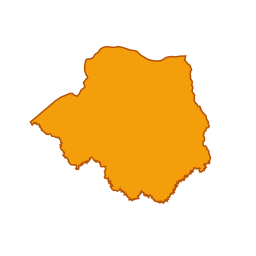 Bugesera, Eastern, Rwanda (Mercator projection), rotated 153°
{"feature_id": "39286606B3134655885223", "entity_name": "Bugesera", "entity_type": "district", "adm_level": 2, "iso_a3": "RWA", "parent_name": "Rwanda", "parent_adm1": "Eastern", "projection": "mercator", "projection_center": [30.152, -2.233], "detail": "fine", "context": "isolated", "style": "filled", "palette": "amber", "viewbox_px": 256, "rotation_deg": 153, "n_neighbors": 0, "source": "geoboundaries", "source_scale": "gbopen_adm2", "svg_char_len": 5756}
<svg xmlns="http://www.w3.org/2000/svg" viewBox="0 0 256 256"><g transform="rotate(153 128 128)"><path d="M68.3,63.6L67.8,64.7L68.0,66.0L67.4,67.3L67.7,68.9L66.8,70.1L66.5,71.4L66.6,71.9L67.4,72.7L67.6,73.3L66.7,74.2L66.8,75.6L67.4,77.1L68.0,77.1L68.5,77.4L68.9,78.8L68.2,79.7L67.8,81.4L67.4,81.8L66.2,81.7L65.0,82.9L64.2,85.1L64.4,86.8L61.8,89.9L61.2,90.0L60.6,90.7L60.0,90.4L57.9,92.5L57.4,92.1L55.9,91.9L54.8,92.9L54.5,95.8L53.7,96.5L53.9,100.9L53.0,103.0L53.5,104.3L53.4,105.4L53.8,105.9L54.0,107.3L54.5,107.6L54.4,109.3L54.9,110.5L54.4,111.7L54.4,112.5L54.7,112.8L54.1,113.8L54.3,114.8L55.4,115.1L55.9,115.5L55.7,118.0L56.5,119.1L56.3,119.7L56.7,120.9L56.5,122.0L56.3,123.0L55.5,123.7L55.0,125.7L53.8,126.9L54.0,127.4L53.7,128.3L54.2,128.8L54.2,132.1L53.3,132.7L52.9,133.6L52.1,134.1L51.5,135.7L52.0,137.2L50.8,138.2L49.6,140.5L49.9,141.3L49.7,142.2L50.1,142.9L49.5,144.3L49.7,144.7L48.7,145.7L48.4,147.3L47.1,149.1L47.0,149.9L45.9,150.5L45.4,150.4L44.9,151.1L44.5,154.9L44.7,156.7L45.9,158.4L45.9,159.4L46.3,160.4L46.2,161.2L46.7,162.2L46.6,163.1L45.8,163.4L45.4,164.4L43.9,166.0L49.4,168.5L53.7,169.9L56.9,172.0L59.5,172.9L61.8,173.5L68.0,173.0L69.8,173.6L73.6,175.5L77.4,178.4L79.6,180.8L83.7,187.3L85.3,192.2L86.0,193.2L90.8,196.6L96.5,202.5L100.0,205.2L102.7,205.6L105.1,206.9L110.4,210.3L113.7,211.1L116.6,210.9L120.3,209.0L123.4,208.6L124.6,208.2L127.0,206.6L129.8,206.6L133.3,208.0L135.0,207.4L138.3,203.1L140.2,199.6L141.2,194.8L140.7,192.9L141.1,191.0L143.7,190.4L147.2,188.5L147.0,187.9L147.7,185.2L147.7,184.0L151.9,183.3L153.7,182.3L156.0,180.5L158.7,179.4L161.0,181.4L161.1,182.4L161.5,182.9L161.7,183.9L163.7,185.1L173.9,185.9L180.5,185.1L207.8,178.6L212.1,177.8L212.0,174.4L211.5,174.9L211.0,174.5L210.1,174.9L209.5,174.6L209.2,175.4L208.9,175.3L208.6,174.7L208.1,174.7L208.0,173.7L207.5,173.9L207.6,173.0L207.4,172.4L206.5,172.4L205.9,172.0L205.6,171.2L206.1,170.2L205.6,170.1L205.3,169.3L206.0,169.1L206.1,168.6L205.2,166.5L206.0,165.9L206.0,165.2L205.3,164.4L204.3,161.4L203.5,160.6L203.7,159.7L201.9,158.4L200.5,158.4L199.9,158.1L199.5,155.2L197.3,153.8L196.6,152.6L195.4,151.9L195.0,151.0L194.3,151.3L193.4,150.3L194.0,149.2L193.4,148.1L193.8,147.3L193.8,146.5L194.3,146.0L193.7,145.0L193.8,144.6L194.4,144.8L195.1,143.6L196.0,143.7L195.4,142.3L195.7,142.3L196.1,142.9L197.1,141.7L197.2,138.6L196.1,136.9L196.0,135.9L196.5,135.8L195.9,134.5L197.3,133.3L198.2,133.5L197.5,129.9L196.5,130.3L196.6,129.6L196.1,129.2L195.9,127.8L195.6,127.5L195.6,126.3L196.4,125.2L195.7,121.6L193.9,120.1L192.7,119.7L192.3,119.0L191.2,118.6L190.8,118.0L190.9,117.2L193.0,115.6L192.6,114.6L192.5,114.4L191.7,114.7L191.3,113.8L190.9,113.8L189.6,115.1L189.1,116.5L187.7,116.8L187.3,115.8L187.0,115.7L186.3,116.2L185.9,117.3L185.3,117.0L185.7,116.3L185.0,116.0L183.8,117.6L183.7,117.1L182.6,117.2L182.2,116.4L181.4,116.2L181.2,116.2L181.0,117.4L180.8,117.4L180.5,116.0L180.0,117.2L179.6,117.3L178.9,116.5L179.6,116.1L179.3,115.8L176.9,116.8L176.7,117.7L176.2,117.9L175.6,117.4L175.3,117.9L175.4,118.3L173.6,118.4L173.1,117.1L173.0,114.6L172.8,114.2L171.8,114.0L172.3,113.6L172.2,112.8L171.4,113.1L170.5,112.6L171.5,112.3L171.5,112.0L169.7,111.5L169.0,110.5L168.3,110.1L168.3,109.7L169.2,109.2L169.4,107.9L169.1,107.3L169.7,106.0L168.8,105.3L166.9,104.6L166.1,103.7L165.8,104.1L165.6,103.9L167.0,100.8L168.7,100.2L169.5,96.3L171.0,95.4L171.4,94.1L170.0,92.4L168.3,92.4L169.7,89.4L168.4,89.4L169.8,88.1L170.0,87.2L168.3,87.5L169.0,86.9L169.0,85.3L168.6,85.0L168.0,85.3L167.9,84.9L168.1,84.3L169.8,84.1L168.8,83.3L170.1,83.3L170.1,81.5L169.3,79.0L167.1,77.9L166.2,76.6L163.8,76.7L162.9,77.3L163.1,76.8L162.1,75.9L161.7,74.7L162.7,75.0L163.0,74.3L160.8,73.3L161.0,72.6L160.3,72.2L160.2,71.6L160.5,71.0L161.2,70.8L161.6,70.3L159.9,70.4L159.5,70.2L159.5,69.4L160.2,68.7L159.5,68.0L159.8,67.0L158.5,64.8L158.8,64.3L159.6,63.8L159.6,63.3L159.2,63.2L158.6,64.0L158.3,63.9L157.3,61.5L157.0,61.3L156.7,61.4L156.4,62.4L154.9,61.4L154.5,61.4L154.5,62.0L154.3,62.1L153.1,61.1L152.3,61.1L150.4,60.3L150.2,60.7L150.5,62.5L150.3,62.8L149.9,63.0L149.1,62.6L148.0,63.7L146.9,63.6L146.6,64.4L145.9,64.1L145.4,65.2L144.7,65.8L144.2,63.8L143.5,63.7L143.3,63.3L144.2,61.1L143.0,61.0L143.4,60.0L141.8,60.4L141.6,59.7L142.1,58.9L141.0,58.6L141.3,56.9L141.1,56.6L139.5,58.5L138.5,58.0L138.6,57.4L137.7,56.1L137.8,55.8L138.9,55.2L137.9,54.3L137.7,52.4L137.1,52.0L137.5,51.1L137.3,50.7L136.5,50.5L135.6,49.0L134.5,49.0L134.6,48.2L134.0,48.0L133.8,47.1L133.0,46.9L132.9,47.9L132.6,48.1L131.5,47.7L131.3,45.9L130.4,44.9L130.0,45.3L130.1,46.2L128.0,45.7L127.9,47.0L127.5,47.2L126.8,46.9L126.2,45.4L125.9,46.5L124.4,46.0L124.3,47.9L123.5,48.1L122.3,47.4L122.0,47.7L121.8,48.6L121.0,48.9L120.1,50.1L119.6,49.5L118.2,50.1L117.9,49.0L117.0,50.0L116.0,49.5L115.9,49.9L116.4,51.0L116.2,51.2L115.0,50.9L116.1,51.9L116.0,52.2L115.0,52.8L114.6,51.3L114.3,51.3L113.4,52.6L112.7,52.9L113.2,53.6L112.3,54.9L111.6,53.9L110.5,53.6L110.2,55.0L111.4,55.9L109.0,56.3L108.8,56.7L109.2,57.2L108.6,57.7L108.3,57.4L108.5,56.1L108.3,55.7L107.8,56.8L106.5,57.9L106.4,57.0L105.4,57.5L105.4,56.8L105.0,56.3L104.5,57.3L103.2,56.8L102.6,57.8L102.4,57.3L102.4,56.4L101.6,56.1L101.7,56.9L100.7,56.8L100.3,58.3L99.4,59.6L98.9,58.2L98.6,59.1L97.4,59.4L97.7,57.9L96.9,57.5L95.7,58.8L94.1,59.1L93.5,59.7L92.8,58.8L92.5,58.8L91.9,59.4L92.2,60.7L91.6,61.6L91.0,60.6L91.1,59.7L89.8,59.6L89.9,60.7L89.5,61.1L89.0,61.3L88.2,61.2L87.7,62.1L87.2,62.4L86.2,62.1L85.7,60.5L83.0,60.2L82.5,59.6L82.4,59.3L83.2,59.0L83.9,58.0L83.9,56.1L82.5,55.5L81.7,55.9L79.4,55.6L78.3,56.4L78.9,57.4L78.8,57.6L77.5,57.0L76.0,57.5L76.6,58.6L75.3,60.1L75.6,60.4L76.8,60.1L76.7,61.1L76.4,61.4L74.9,60.7L73.8,60.6L71.5,59.4L71.2,60.3L71.7,61.6L71.2,61.8L70.4,61.1L69.7,62.3L68.3,63.6Z" fill="#f59e0b" stroke="#b45309" stroke-width="1.5"/></g></svg>